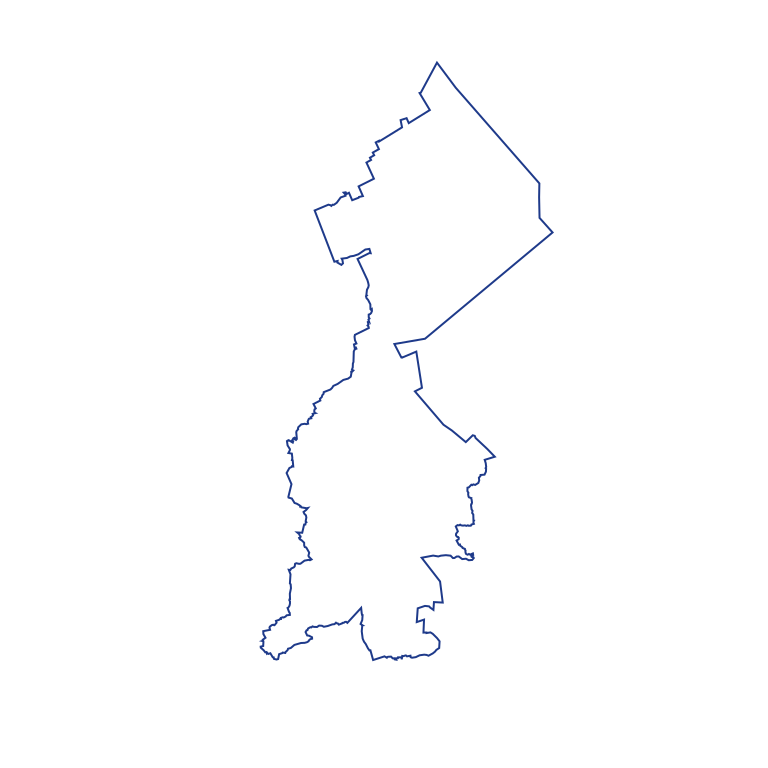 Guadalupe, Zacatecas, Mexico (Mercator projection), rotated 333°
{"feature_id": "50627088B774169449273", "entity_name": "Guadalupe", "entity_type": "district", "adm_level": 2, "iso_a3": "MEX", "parent_name": "Mexico", "parent_adm1": "Zacatecas", "projection": "mercator", "projection_center": [-102.492, 22.782], "detail": "fine", "context": "isolated", "style": "outline", "palette": "blue", "viewbox_px": 768, "rotation_deg": 333, "n_neighbors": 0, "source": "geoboundaries", "source_scale": "gbopen_adm2", "svg_char_len": 6166}
<svg xmlns="http://www.w3.org/2000/svg" viewBox="0 0 768 768"><g transform="rotate(333 384 384)"><path d="M577.1,121.7L549.1,141.1L547.8,140.9L549.2,160.7L524.5,162.8L524.8,157.4L518.6,156.4L516.6,163.5L489.8,165.7L490.0,165.0L486.3,165.0L486.1,172.4L479.1,172.7L479.1,175.7L474.2,176.0L474.2,178.5L468.9,178.7L468.2,196.5L451.1,196.4L450.5,207.0L446.6,206.0L446.0,206.5L439.1,205.8L439.6,197.7L437.0,197.7L436.9,195.8L435.0,195.2L435.5,197.2L435.2,198.8L430.1,198.1L424.1,201.1L420.6,201.6L419.6,200.9L417.9,201.4L417.5,200.4L415.9,199.0L401.0,197.9L395.3,252.5L398.5,253.3L397.6,254.6L400.1,258.5L402.2,257.9L403.2,254.8L403.2,253.1L408.2,254.9L411.9,255.0L415.2,256.1L420.1,256.8L428.4,255.7L432.3,257.0L431.5,261.4L430.4,260.7L417.2,260.6L416.4,283.8L415.9,286.5L415.2,289.1L414.0,290.6L411.6,292.3L408.6,296.8L408.9,297.3L407.8,297.6L407.4,299.5L408.0,301.9L408.0,306.8L405.9,311.2L406.0,311.7L407.2,311.6L406.4,313.5L404.8,314.9L403.3,315.4L401.9,315.2L400.7,317.6L400.8,319.1L399.4,319.5L399.0,321.7L398.8,321.2L397.7,321.4L397.2,323.9L395.9,324.4L396.3,325.7L395.9,327.2L380.4,327.0L379.2,328.5L378.0,331.8L377.8,335.4L375.2,335.1L374.3,338.4L375.5,338.7L375.4,340.0L373.8,339.8L371.9,341.2L366.8,350.5L365.6,351.6L363.7,355.0L361.8,356.8L362.8,358.0L361.2,358.6L360.2,358.4L359.9,359.5L357.7,362.4L354.4,362.9L349.6,361.9L342.7,362.9L338.0,362.7L336.0,363.9L333.8,364.6L326.6,363.9L325.7,365.3L323.9,366.0L322.6,367.4L320.2,368.1L319.8,369.8L312.1,369.8L312.1,374.8L310.6,375.1L309.5,376.5L309.2,378.3L309.6,378.8L306.9,378.2L306.7,379.5L305.6,380.1L303.7,380.3L303.6,381.5L301.4,380.9L300.8,381.2L298.9,382.9L298.4,384.9L296.5,384.5L295.4,383.5L292.0,382.4L288.0,383.6L287.1,384.6L287.0,385.3L284.6,386.3L283.9,387.2L281.4,393.4L280.2,393.9L279.5,392.8L280.6,392.2L280.0,391.3L278.9,391.8L278.6,391.3L276.4,392.6L277.1,393.8L276.1,394.8L273.6,390.8L272.3,391.1L272.2,390.7L271.6,390.8L270.2,395.0L270.6,399.4L269.9,400.4L267.5,402.1L270.3,404.2L268.7,408.4L267.4,410.0L268.0,410.5L265.7,416.3L264.6,415.5L264.1,416.0L261.6,415.9L256.8,419.1L256.1,431.2L247.5,441.2L247.4,441.9L249.9,444.2L250.3,449.4L251.9,451.0L253.4,453.3L254.1,454.7L253.7,455.2L254.4,455.6L254.4,456.4L258.7,459.6L259.9,459.9L257.5,460.9L254.2,461.5L254.1,463.4L254.8,465.6L254.2,467.7L251.9,470.7L252.1,471.8L251.5,471.8L250.1,473.5L249.0,473.0L243.6,479.4L239.3,476.9L240.2,479.0L240.2,481.3L240.5,481.9L239.7,482.8L238.5,482.6L238.4,483.4L238.8,484.7L239.6,485.7L240.8,489.1L239.6,491.6L239.4,493.3L240.5,494.4L240.8,500.3L238.7,502.7L238.6,503.7L239.8,507.4L238.0,507.4L237.1,506.5L233.0,505.3L228.0,506.2L226.7,505.7L224.5,503.9L223.2,503.8L221.6,506.0L220.4,506.4L217.6,506.3L216.1,507.2L214.8,506.3L214.3,511.1L209.6,519.0L209.9,520.1L208.4,523.7L204.9,528.1L202.6,533.0L202.1,532.9L201.5,533.6L201.5,535.1L200.5,537.0L199.2,538.6L197.3,539.8L196.4,539.8L195.9,544.0L196.1,545.1L195.3,547.0L192.2,545.9L190.8,546.5L188.6,546.5L187.9,545.9L185.9,545.6L185.5,546.6L184.5,546.2L183.4,546.5L180.2,546.0L179.9,547.9L177.2,549.1L176.6,549.1L176.0,548.2L174.5,547.9L172.1,548.4L171.3,549.2L170.9,551.3L164.2,549.4L163.0,552.1L163.2,556.3L159.9,556.8L159.8,557.8L158.9,557.7L159.5,558.2L159.5,559.0L157.4,562.6L154.9,562.0L154.5,563.0L155.9,566.6L156.4,569.2L157.6,569.5L157.3,571.0L158.0,570.8L158.4,572.0L160.5,572.3L160.8,577.0L161.6,577.5L161.2,579.0L163.2,580.7L164.8,581.0L167.9,577.1L171.2,577.6L171.8,577.3L173.9,578.8L174.4,578.2L177.2,577.4L178.3,576.3L181.1,576.9L185.7,575.8L192.5,577.1L195.8,578.6L198.1,579.1L200.0,579.0L200.6,578.4L202.5,577.9L204.3,578.3L204.9,577.0L202.9,574.2L201.4,573.2L201.5,569.4L203.2,568.3L204.0,568.6L205.3,567.4L206.8,567.3L208.0,567.3L208.8,567.9L210.2,567.5L211.3,568.6L214.0,570.1L216.5,569.8L218.9,571.2L220.2,573.0L224.0,574.1L228.7,574.7L230.9,575.5L232.8,574.9L233.0,575.5L234.2,576.5L234.5,577.9L238.2,578.3L238.6,578.0L239.8,578.5L241.3,578.3L242.4,578.8L242.9,580.2L262.0,573.1L260.0,578.3L259.6,579.9L260.0,580.2L257.4,584.5L254.2,587.2L255.3,589.2L254.8,589.0L254.7,589.8L251.9,594.2L249.4,601.2L249.2,604.5L249.7,607.4L249.7,612.2L250.1,614.8L251.0,615.1L249.0,625.0L260.8,626.9L262.2,629.1L262.6,628.7L263.8,628.9L266.5,630.1L267.2,632.4L268.7,633.1L268.5,634.2L269.8,635.2L270.0,633.8L271.9,634.6L272.4,633.9L275.6,635.5L274.8,637.4L276.8,634.6L277.7,635.3L279.9,635.6L280.3,635.8L280.8,637.1L284.2,638.1L283.7,639.5L284.7,640.6L288.3,641.8L292.6,641.9L296.9,643.4L298.9,644.7L300.3,646.3L305.2,646.2L308.0,645.6L309.9,644.7L313.3,644.3L316.7,638.5L315.9,634.4L314.0,628.7L312.6,626.4L308.8,625.2L309.0,624.7L306.3,623.4L312.7,612.1L305.1,611.0L312.2,599.2L319.7,600.3L321.1,601.2L323.2,602.6L323.7,604.3L325.5,607.7L329.5,601.0L337.1,605.4L344.3,585.4L338.7,555.9L349.9,559.2L354.1,562.3L356.8,562.8L361.4,564.6L365.4,567.2L366.4,570.4L367.8,571.0L370.4,570.7L372.3,571.6L374.2,575.5L377.7,576.9L379.5,579.5L382.7,580.8L385.0,579.8L385.0,578.9L383.6,577.8L383.7,577.0L385.8,576.9L386.3,575.3L383.2,575.1L382.5,574.0L381.1,574.1L380.3,573.2L379.9,572.4L380.3,570.6L381.1,569.3L380.9,568.2L381.2,567.6L379.6,565.8L379.7,565.0L378.5,562.7L378.8,561.5L377.7,561.2L377.6,556.4L380.0,556.2L380.8,555.0L380.6,554.0L379.9,553.6L379.5,552.3L379.5,551.3L380.3,550.1L382.9,548.8L383.3,543.5L385.4,543.1L386.6,544.0L388.0,543.9L388.5,544.9L390.0,546.0L391.9,546.7L393.0,547.8L394.6,548.0L395.0,548.7L396.6,549.5L397.4,549.6L398.1,548.9L400.6,549.4L400.7,548.2L401.3,547.2L402.1,546.6L401.7,546.3L401.9,545.9L404.3,540.8L404.0,538.9L405.3,537.2L405.1,535.5L406.4,531.8L407.1,530.7L407.6,530.7L408.6,529.6L409.6,526.7L409.7,525.6L410.0,525.3L408.3,523.6L408.2,522.8L409.0,520.2L409.8,519.3L409.7,517.3L411.3,514.3L412.7,514.6L416.1,513.4L416.7,514.2L418.0,514.0L419.4,515.3L423.1,515.0L425.1,513.1L426.0,510.6L428.1,509.8L428.7,508.9L432.4,510.4L435.0,508.4L436.5,505.9L436.3,505.1L437.4,504.3L438.7,500.7L439.3,497.3L449.7,499.1L446.5,488.7L441.1,473.7L441.3,471.4L439.8,470.0L430.5,472.9L423.4,456.3L418.5,447.3L408.2,404.6L416.1,404.6L427.5,369.8L412.1,368.7L412.0,368.1L411.5,368.0L411.4,353.1L441.1,362.3L603.0,325.5L598.0,306.6L607.0,288.0L613.5,275.8L582.4,152.5L577.1,121.7Z" fill="none" stroke="#1e3a8a" stroke-width="2"/></g></svg>